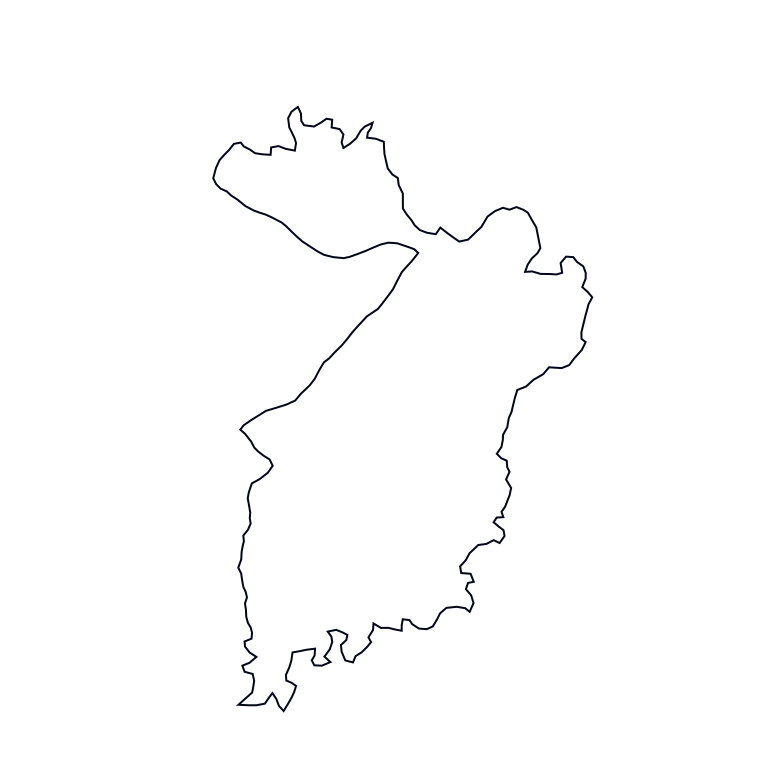 the district of Ibiaçá, Rio Grande do Sul, Brazil, rotated 255°
{"feature_id": "56859067B35594515924132", "entity_name": "Ibiaçá", "entity_type": "district", "adm_level": 2, "iso_a3": "BRA", "parent_name": "Brazil", "parent_adm1": "Rio Grande do Sul", "projection": "robinson", "projection_center": [-51.78, -28.103], "detail": "fine", "context": "isolated", "style": "outline", "palette": "ink", "viewbox_px": 768, "rotation_deg": 255, "n_neighbors": 0, "source": "geoboundaries", "source_scale": "gbopen_adm2", "svg_char_len": 4041}
<svg xmlns="http://www.w3.org/2000/svg" viewBox="0 0 768 768"><g transform="rotate(255 384 384)"><path d="M520.5,478.9L515.3,472.8L518.9,464.8L523.4,458.5L529.4,454.7L535.2,452.9L541.7,449.9L548.6,447.7L554.9,449.3L562.9,451.5L572.6,449.7L579.3,450.7L584.2,446.3L591.3,443.4L599.4,443.7L606.2,444.0L611.2,445.0L618.0,446.5L623.0,439.6L626.3,431.4L630.9,433.4L634.6,437.7L639.3,440.6L637.6,432.0L634.7,427.0L628.5,420.7L624.9,413.5L622.5,405.9L628.2,405.6L635.5,409.4L641.7,407.1L645.4,399.8L652.7,402.4L655.1,397.0L653.0,391.4L650.8,383.1L654.6,373.8L659.6,372.2L666.9,373.8L673.9,372.5L671.0,365.2L665.6,360.2L656.4,358.9L650.3,360.2L644.8,361.2L639.5,361.4L632.5,358.3L636.6,349.9L641.1,343.7L641.7,336.2L634.7,333.8L637.6,325.3L640.3,319.2L645.2,315.1L649.7,310.1L654.3,308.1L654.8,301.2L650.2,295.0L646.5,288.7L642.8,283.1L636.3,277.7L626.9,272.3L620.5,273.6L615.0,276.7L610.7,282.0L605.7,285.1L600.0,290.2L591.7,296.2L585.2,303.2L581.5,308.5L578.3,313.5L574.7,317.9L570.9,322.1L566.6,326.8L561.8,330.3L555.4,334.0L548.7,338.1L543.0,341.9L534.0,349.9L528.9,354.5L524.2,359.6L519.7,367.8L516.0,377.6L515.7,383.8L516.4,392.0L517.3,400.8L518.6,409.3L519.6,416.9L519.4,424.8L516.5,433.2L509.5,443.7L506.4,448.1L501.7,451.0L495.8,443.1L491.2,435.8L487.5,430.2L479.6,422.9L473.3,417.3L468.7,411.6L461.6,402.4L458.1,397.6L453.8,385.1L447.1,374.4L442.0,366.6L437.5,360.8L432.4,353.5L426.8,343.7L422.9,337.6L420.5,331.6L414.3,325.2L406.8,318.3L401.8,311.7L396.1,301.2L391.0,294.0L389.4,284.5L388.9,273.2L388.6,263.0L383.5,246.3L380.5,237.9L377.1,233.4L371.6,237.0L362.7,240.8L356.0,242.3L351.2,245.1L346.2,248.9L340.7,254.0L333.8,255.3L328.4,248.9L324.3,239.2L322.2,230.6L314.2,225.3L308.8,222.8L301.5,222.2L294.3,221.5L289.2,219.6L283.8,219.1L278.4,214.9L274.1,208.9L268.5,208.0L263.9,205.5L258.6,203.0L251.5,200.7L244.3,195.7L237.8,197.0L231.4,196.2L224.2,195.6L219.0,196.6L213.3,196.4L208.0,192.9L201.6,192.2L194.8,190.7L188.6,190.7L183.3,192.2L177.9,192.2L172.3,190.1L171.4,182.7L166.3,181.8L159.4,184.7L153.4,190.1L149.5,181.9L148.6,174.3L142.1,174.9L137.9,182.1L131.1,181.8L126.1,179.7L120.1,176.8L115.8,168.2L111.8,160.4L108.6,170.5L106.7,177.7L106.1,186.3L110.5,191.3L114.3,196.2L107.6,198.5L100.3,199.2L94.1,202.4L100.0,208.6L104.7,213.3L109.7,217.5L115.1,220.9L119.3,217.4L122.9,212.9L128.4,214.0L134.7,219.1L140.6,222.8L148.4,226.2L147.8,232.8L147.4,240.1L146.2,248.9L139.7,246.7L135.8,242.7L130.3,243.9L128.0,251.1L129.3,260.3L136.1,255.9L141.6,262.8L148.1,267.2L153.5,267.8L159.4,265.6L158.9,274.2L154.6,279.9L151.1,283.7L146.4,281.3L143.0,274.8L136.3,273.8L127.0,275.1L123.1,282.0L128.5,286.1L130.6,293.0L134.4,299.6L138.0,304.7L143.3,303.4L149.2,309.7L155.4,311.9L149.2,317.9L147.3,325.2L144.2,330.8L141.1,337.2L146.5,338.7L151.9,341.3L149.3,347.5L144.6,349.2L138.7,354.5L136.1,362.0L137.2,368.4L143.3,374.7L147.9,378.7L151.6,386.3L150.0,396.5L146.5,404.3L141.8,407.8L149.2,413.8L157.3,413.5L164.6,410.0L170.1,413.7L169.7,419.5L178.3,418.5L181.4,409.7L188.1,410.3L192.5,417.2L198.4,422.9L204.1,433.4L203.0,441.5L204.8,449.5L200.5,454.5L206.0,461.1L211.9,461.6L216.2,458.2L222.1,454.1L225.8,458.3L224.5,464.8L230.1,464.4L234.1,469.2L238.5,472.4L244.0,476.5L250.7,479.9L260.2,477.2L266.7,482.5L271.8,481.5L278.2,482.7L281.9,478.1L287.4,474.9L292.7,481.1L299.2,484.3L304.2,485.9L310.4,491.9L318.8,495.7L323.8,499.8L336.7,506.8L343.7,511.2L344.8,520.6L349.4,529.5L352.3,540.4L357.4,547.7L353.4,559.7L354.3,567.8L359.6,574.5L365.8,584.0L372.3,589.6L376.5,586.5L382.7,588.0L390.8,592.4L398.8,596.8L403.5,599.6L408.1,602.2L413.8,607.6L420.0,604.7L426.3,600.6L433.5,606.0L439.0,607.6L446.0,607.0L452.0,602.0L457.6,599.6L459.9,592.8L455.1,585.9L445.3,584.9L445.2,578.9L447.2,573.0L449.8,563.8L454.4,556.2L455.8,549.3L462.1,553.7L467.1,559.4L470.7,566.2L474.8,570.2L495.9,571.6L504.6,569.2L512.2,567.3L516.1,563.8L520.6,557.8L519.9,550.3L523.4,544.6L522.3,536.0L518.9,527.3L515.1,523.4L510.5,518.7L507.9,513.7L505.2,508.9L501.7,502.6L502.1,493.5L508.1,488.5L513.2,484.4L520.5,478.9Z" fill="none" stroke="#020617" stroke-width="2"/></g></svg>